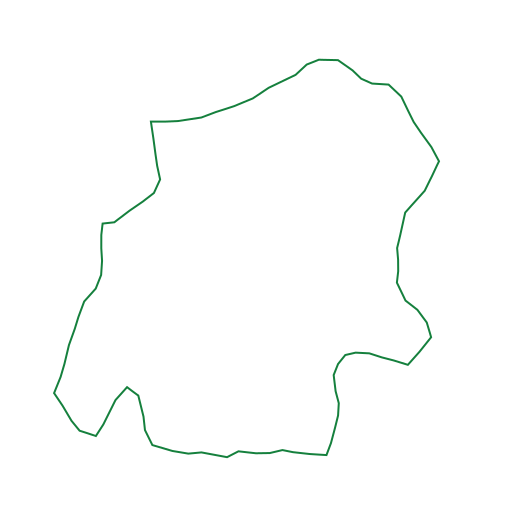 the district of Aniocha South, Delta, Nigeria, rotated 7°
{"feature_id": "59680162B29589714384573", "entity_name": "Aniocha South", "entity_type": "district", "adm_level": 2, "iso_a3": "NGA", "parent_name": "Nigeria", "parent_adm1": "Delta", "projection": "robinson", "projection_center": [6.492, 6.145], "detail": "fine", "context": "isolated", "style": "outline", "palette": "green", "viewbox_px": 512, "rotation_deg": 7, "n_neighbors": 0, "source": "geoboundaries", "source_scale": "gbopen_adm2", "svg_char_len": 1586}
<svg xmlns="http://www.w3.org/2000/svg" viewBox="0 0 512 512"><g transform="rotate(7 256 256)"><path d="M366.7,69.7L350.2,70.7L338.8,67.2L329.6,60.3L329.4,60.1L313.5,51.6L297.9,53.2L294.5,53.5L290.9,55.5L283.0,59.8L278.2,65.5L273.2,71.4L257.9,81.2L256.2,82.3L248.1,87.5L233.6,100.0L224.2,105.3L216.1,109.9L208.4,113.5L205.8,114.7L198.6,118.0L184.9,125.2L162.0,131.6L150.6,133.5L135.3,135.4L139.9,152.1L143.8,167.1L146.9,178.5L151.5,191.7L147.0,205.9L139.7,213.1L137.1,215.7L125.0,226.4L121.4,229.9L114.2,236.9L111.3,239.8L99.8,242.5L99.9,254.0L101.5,267.2L103.8,279.6L104.2,286.7L104.6,293.7L100.9,307.9L91.0,322.1L87.2,338.0L85.0,350.4L81.2,367.2L79.0,386.6L76.8,399.9L72.3,416.7L82.2,428.1L93.0,442.1L102.2,450.9L110.6,452.5L119.0,454.2L125.0,441.8L134.1,416.1L144.0,401.9L149.3,405.0L156.2,408.9L163.9,429.1L167.0,442.3L176.2,456.3L196.8,459.7L212.9,460.4L225.8,457.6L251.8,459.2L259.6,453.9L262.4,452.0L273.4,451.9L280.0,451.8L293.7,449.9L305.9,445.4L316.6,446.2L333.4,446.0L340.2,445.6L350.2,445.0L353.2,432.6L355.4,416.7L356.9,404.3L356.1,392.0L351.5,380.5L347.6,364.7L350.6,353.2L356.7,343.4L363.6,340.9L366.6,339.8L380.3,338.8L393.3,341.3L405.5,342.9L420.0,345.5L429.9,331.2L439.7,315.3L438.1,311.5L433.6,301.2L422.8,289.8L409.8,282.0L406.5,276.8L399.1,265.3L399.0,253.8L397.5,242.4L395.1,230.9L396.0,223.2L396.6,217.7L398.8,194.7L401.5,190.8L403.9,187.3L405.6,184.9L415.5,170.7L419.4,159.5L420.8,155.6L424.7,143.7L426.1,139.7L416.8,126.5L404.6,113.4L396.2,103.8L395.6,102.9L391.3,96.4L389.2,93.2L380.8,80.1L366.7,69.7Z" fill="none" stroke="#15803d" stroke-width="2"/></g></svg>